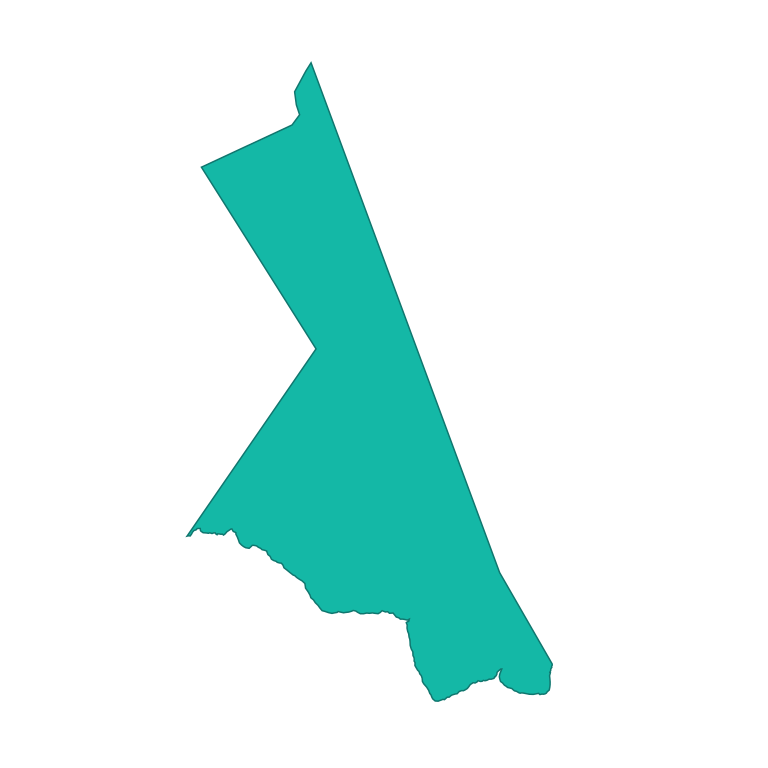 outline of Urdmau, Ngardmau, Palau, rotated 191°
{"feature_id": "81905179B21109401244182", "entity_name": "Urdmau", "entity_type": "district", "adm_level": 2, "iso_a3": "PLW", "parent_name": "Palau", "parent_adm1": "Ngardmau", "projection": "robinson", "projection_center": [134.588, 7.601], "detail": "fine", "context": "isolated", "style": "filled", "palette": "teal", "viewbox_px": 768, "rotation_deg": 191, "n_neighbors": 0, "source": "geoboundaries", "source_scale": "gbopen_adm2", "svg_char_len": 3146}
<svg xmlns="http://www.w3.org/2000/svg" viewBox="0 0 768 768"><g transform="rotate(191 384 384)"><path d="M548.3,197.1L547.2,197.6L545.2,197.9L544.2,200.2L543.7,202.0L542.5,204.0L540.7,204.9L539.8,206.4L538.6,206.8L536.8,207.1L536.2,205.1L535.5,204.5L533.2,203.5L529.9,203.9L527.8,204.0L526.6,204.7L524.3,204.4L522.8,205.3L521.4,205.7L521.2,205.4L520.2,204.6L519.1,204.2L518.8,205.1L516.9,205.4L515.4,205.4L514.0,205.8L512.7,205.1L511.4,206.5L510.0,209.0L508.1,210.9L506.7,212.3L505.7,212.7L504.3,211.0L503.8,210.5L501.1,209.9L500.6,208.1L499.6,206.9L498.7,205.7L497.2,203.3L495.6,200.5L493.2,198.8L490.8,197.6L488.5,196.9L485.0,197.0L483.8,198.6L482.5,200.5L481.2,200.8L478.2,200.8L476.3,199.8L473.7,199.1L472.1,198.1L469.5,198.0L467.4,197.7L465.4,194.4L462.9,193.1L461.1,190.6L458.8,189.7L455.8,189.3L454.9,188.6L452.6,188.4L450.5,188.5L448.5,186.8L447.1,184.5L443.7,182.8L440.4,181.0L436.7,179.1L435.1,178.9L433.7,178.0L432.5,177.3L429.9,176.2L426.8,175.1L423.6,173.1L422.7,170.6L422.1,168.7L418.8,165.5L416.4,162.7L415.0,160.2L412.0,158.6L409.7,156.2L406.5,154.1L404.1,151.8L401.5,149.7L398.5,149.5L395.0,149.0L391.3,148.9L389.2,149.8L386.5,150.8L385.6,151.9L383.2,151.8L380.1,151.7L378.2,152.4L375.1,153.4L372.2,154.9L371.1,155.8L368.5,155.8L366.4,154.9L363.4,154.0L360.2,154.6L357.2,155.9L354.7,156.1L353.1,156.6L351.6,157.1L350.0,157.1L346.0,157.4L344.2,158.9L342.6,161.1L339.1,160.5L337.0,161.2L334.9,160.0L331.4,160.9L329.6,159.4L327.5,157.6L324.8,157.3L323.1,156.3L320.5,156.8L318.5,156.8L316.0,156.7L314.3,158.0L314.5,155.7L315.5,155.1L316.6,154.1L316.0,152.9L315.3,152.2L314.8,148.7L313.5,145.6L312.1,143.5L311.1,140.4L309.9,138.2L309.2,135.8L308.4,132.4L306.7,129.1L304.6,126.6L303.7,122.9L302.3,121.1L301.8,119.5L301.6,117.8L300.4,116.5L299.9,113.5L296.5,109.6L294.7,108.4L293.6,106.3L291.8,104.9L290.4,102.5L289.5,99.3L287.8,97.3L284.2,94.5L281.7,91.8L280.0,89.0L278.5,87.7L277.5,86.0L276.1,84.2L273.3,82.6L270.3,83.0L268.7,84.0L267.5,84.7L266.0,85.7L264.4,85.7L262.8,87.8L262.2,88.6L260.2,89.1L258.8,90.9L257.7,91.8L254.9,93.3L253.1,93.9L251.5,96.5L249.4,97.8L247.5,98.1L245.9,99.3L244.1,101.0L243.1,102.9L241.9,105.5L240.6,106.7L239.6,107.8L237.5,107.9L235.8,109.3L235.0,110.7L232.7,110.4L231.0,110.9L230.0,112.0L228.1,112.0L227.5,112.5L226.7,112.6L224.5,114.3L222.4,114.7L219.9,116.0L219.4,117.8L218.8,117.9L217.9,120.2L218.0,122.6L216.9,124.2L215.1,126.4L214.0,126.7L214.4,124.6L215.0,121.3L214.9,118.5L213.8,116.0L212.8,114.2L210.6,113.2L208.3,111.3L206.4,110.6L204.8,109.7L202.0,109.6L200.2,109.4L198.7,108.4L197.4,107.7L195.3,107.6L194.2,107.2L192.5,106.6L191.3,106.5L190.2,107.0L188.5,107.2L186.4,107.2L184.0,107.2L182.1,107.2L179.6,107.6L178.3,107.8L176.5,108.5L174.6,109.3L173.2,109.8L171.7,108.9L170.0,109.7L168.0,110.0L166.7,110.6L165.6,111.6L165.1,112.9L163.4,115.1L163.4,118.0L163.6,120.5L164.1,123.3L164.9,126.2L165.8,129.2L165.6,132.4L166.2,132.6L165.7,134.4L165.9,136.3L165.2,137.8L165.6,138.9L165.2,140.2L165.6,141.4L234.5,220.9L516.9,685.4L520.4,676.4L527.5,653.8L523.3,641.3L518.2,632.2L523.7,620.7L604.6,562.0L541.0,494.4L457.4,405.5L548.3,197.1Z" fill="#14b8a6" stroke="#0f766e" stroke-width="1.5"/></g></svg>